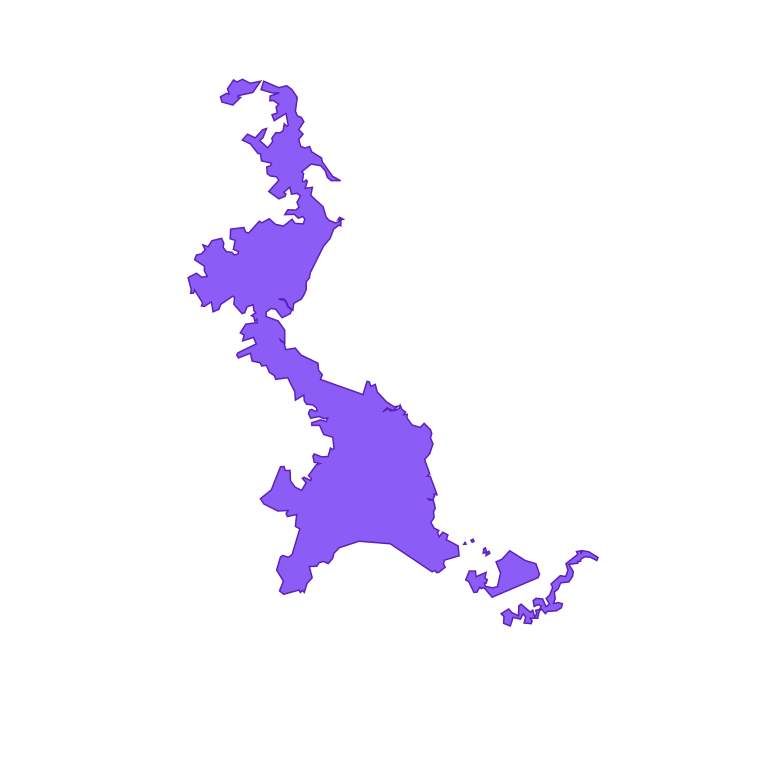 Chiriquí Grande, Bocas del Toro, Panama, rotated 24°
{"feature_id": "35544464B7059792376072", "entity_name": "Chiriquí Grande", "entity_type": "district", "adm_level": 2, "iso_a3": "PAN", "parent_name": "Panama", "parent_adm1": "Bocas del Toro", "projection": "albers", "projection_center": [-82.202, 9.003], "detail": "fine", "context": "isolated", "style": "filled", "palette": "violet", "viewbox_px": 768, "rotation_deg": 24, "n_neighbors": 0, "source": "geoboundaries", "source_scale": "gbopen_adm2", "svg_char_len": 6177}
<svg xmlns="http://www.w3.org/2000/svg" viewBox="0 0 768 768"><g transform="rotate(24 384 384)"><path d="M151.0,156.3L152.0,165.1L163.7,163.5L170.0,160.7L162.8,167.2L164.6,171.7L167.6,170.0L174.0,171.2L172.8,175.0L176.4,179.9L172.1,183.5L176.6,188.1L184.4,176.6L191.3,186.7L190.4,188.1L187.0,186.8L188.8,193.5L186.7,197.0L183.0,198.3L181.6,205.1L183.7,207.9L181.7,215.5L171.5,212.2L173.2,208.5L172.8,198.4L169.7,201.1L166.3,211.5L157.7,211.3L155.3,218.8L164.4,219.0L175.1,224.7L177.6,224.0L181.3,230.0L191.4,228.0L191.5,230.7L188.6,233.4L191.8,239.3L195.4,240.2L201.6,238.4L205.0,240.8L200.4,255.0L212.7,257.6L217.3,252.8L217.1,250.2L214.5,249.7L217.9,242.5L222.2,248.2L227.2,245.2L231.1,246.2L230.6,253.4L234.4,257.0L232.7,261.0L225.3,263.9L224.5,269.6L233.1,265.5L238.4,267.4L241.6,264.1L244.5,265.4L245.2,270.5L237.3,273.5L233.0,270.9L228.0,280.6L219.9,282.3L212.0,279.7L206.7,286.6L203.9,285.9L199.0,301.1L195.7,301.5L192.4,298.0L180.9,304.9L184.4,313.9L189.7,313.3L191.6,322.3L197.3,322.2L197.5,324.7L194.7,327.0L191.5,325.6L186.4,327.2L181.4,324.6L180.4,320.6L176.4,317.0L168.5,323.1L167.5,330.1L162.0,330.5L166.1,334.2L164.2,339.5L160.2,342.4L160.4,347.5L172.1,349.4L173.7,353.5L178.8,357.6L173.9,360.6L167.6,359.1L161.8,366.5L169.6,376.3L170.4,379.8L173.0,378.5L172.6,375.2L185.2,383.6L185.5,386.9L188.3,386.2L192.9,379.2L198.5,387.6L202.8,382.9L202.5,377.6L210.1,365.3L212.2,365.6L214.4,372.2L225.7,377.4L227.8,375.6L227.5,369.2L232.3,364.8L235.2,369.9L237.9,371.1L235.1,375.5L237.6,375.6L240.7,379.3L241.5,376.5L243.3,379.5L233.4,385.5L231.9,395.7L236.3,396.2L237.3,402.1L245.8,394.6L251.0,399.3L237.9,414.9L237.6,417.4L240.4,419.4L249.5,410.2L254.2,416.7L262.1,415.0L264.9,417.3L269.0,414.8L274.6,420.0L280.4,420.9L283.2,423.8L293.5,417.4L305.9,427.6L309.6,434.8L315.2,426.7L318.1,431.9L321.6,434.0L327.2,432.1L331.9,433.2L333.8,435.5L332.6,436.9L328.3,436.6L326.7,438.1L327.1,441.8L330.9,445.1L337.8,440.2L343.4,440.1L346.4,438.0L346.5,441.7L340.6,442.6L333.8,448.7L334.9,451.2L342.0,448.0L349.4,454.6L358.9,453.5L364.4,463.0L363.8,464.8L361.2,464.3L362.4,472.9L356.8,475.9L348.7,476.3L348.3,478.7L352.1,483.9L357.9,482.8L355.0,485.5L352.3,498.4L356.1,499.9L356.3,502.0L348.9,501.7L347.8,503.4L353.0,505.9L352.0,514.7L344.8,514.4L338.0,510.5L333.3,501.2L328.9,503.2L326.3,500.0L323.1,501.7L324.1,526.7L317.7,539.1L323.2,542.5L338.7,543.2L347.9,538.5L347.2,542.1L349.7,544.3L357.3,538.8L361.0,550.1L366.0,550.6L369.4,577.1L367.2,581.2L361.3,581.8L359.8,584.1L361.6,597.7L372.3,605.0L372.7,615.5L377.9,616.9L390.2,606.8L392.4,608.5L393.5,605.8L395.9,606.8L394.8,597.4L397.2,590.2L390.0,581.1L396.7,577.9L397.3,573.8L400.9,570.7L406.1,570.8L408.0,564.3L407.1,558.8L409.9,551.6L425.1,537.8L454.7,527.4L504.3,536.0L506.3,533.7L508.9,535.0L510.9,533.3L514.4,526.5L511.5,524.1L510.8,520.4L522.5,510.4L517.6,501.8L504.2,500.8L503.8,495.9L497.9,495.5L496.5,501.3L493.2,497.7L493.7,495.5L488.5,495.3L483.1,491.5L484.1,485.7L481.2,480.4L481.4,476.7L476.4,470.1L472.5,471.7L471.0,471.0L475.6,469.9L475.8,465.4L474.3,464.5L475.8,463.1L478.0,464.1L463.9,449.6L461.0,450.5L462.4,447.6L451.8,436.5L454.1,429.3L453.1,418.8L448.4,414.4L447.8,409.9L445.1,406.9L436.7,403.6L434.8,408.9L426.3,410.0L418.6,405.5L417.6,402.2L414.5,404.0L415.2,400.9L410.6,399.9L407.4,396.8L407.9,400.2L405.3,403.1L401.1,405.9L397.5,405.0L394.4,410.0L396.4,404.7L403.0,404.5L406.0,398.4L402.6,400.7L393.5,399.3L381.0,394.0L376.2,387.9L373.0,391.5L369.7,388.0L367.4,388.5L369.1,402.2L324.1,405.7L323.9,400.7L318.6,398.0L315.3,391.9L296.4,391.3L288.3,387.3L280.4,392.5L275.7,387.0L272.0,386.7L271.2,385.8L275.6,386.7L277.2,388.1L271.4,375.2L261.7,369.4L248.9,370.3L247.1,366.1L250.1,360.9L254.7,359.8L263.9,364.9L269.7,357.9L269.6,354.0L264.4,352.5L261.4,349.3L257.8,347.8L256.7,348.8L253.1,349.2L257.9,346.9L261.7,348.7L264.7,351.9L270.7,353.7L268.8,347.1L274.0,339.9L274.6,334.8L274.5,329.1L271.4,322.2L272.7,317.6L271.4,312.0L272.7,282.7L275.5,273.0L275.0,263.0L278.3,257.1L280.2,257.1L277.9,251.5L279.8,250.0L275.6,249.8L275.1,252.8L276.6,251.8L277.1,253.4L274.3,256.6L267.1,256.8L263.0,254.8L256.3,246.9L240.4,241.5L238.6,233.4L232.5,237.3L231.5,229.9L229.8,229.3L228.8,231.9L227.0,232.0L224.9,224.4L222.5,223.6L228.0,212.7L237.4,210.3L243.6,213.1L248.3,218.3L253.0,219.7L261.7,215.9L252.5,215.2L237.2,206.1L235.0,202.9L223.5,201.3L219.4,197.2L216.0,200.6L211.2,200.8L206.6,195.2L208.4,188.6L202.6,186.2L204.1,176.9L200.0,174.1L195.8,174.3L192.1,170.8L188.2,157.5L180.0,152.4L173.8,151.1L167.3,156.1L151.0,156.3ZM584.9,487.8L566.7,485.2L563.1,496.0L558.7,500.9L567.4,509.4L570.1,522.9L566.2,526.0L559.0,527.6L556.7,525.1L558.3,524.6L558.0,520.7L555.0,520.3L553.9,514.6L546.4,522.6L543.7,517.7L538.0,520.2L538.3,529.8L541.6,529.9L550.9,537.8L553.6,536.4L554.1,530.8L556.1,531.4L558.1,529.3L569.5,534.8L603.6,498.1L603.4,494.5L595.9,486.4L584.9,487.8ZM650.1,455.4L639.2,454.0L633.1,455.6L632.7,458.9L631.8,456.2L628.0,458.8L630.3,460.8L623.3,474.1L627.8,479.3L628.3,486.0L623.0,487.4L618.0,498.7L620.8,501.3L621.2,509.4L619.4,514.0L624.7,517.8L622.5,521.5L616.3,515.8L610.0,518.0L608.4,521.2L611.7,526.2L614.6,522.8L618.1,523.0L617.7,526.7L614.6,529.1L617.0,532.0L616.4,535.4L611.9,530.1L610.5,532.9L598.7,529.4L597.4,531.8L601.1,541.0L593.9,540.9L589.4,538.8L584.4,546.3L588.2,547.6L590.6,554.0L597.8,553.7L596.9,544.7L604.3,543.3L604.5,537.4L608.1,539.1L609.2,545.4L615.9,543.1L615.8,540.3L613.0,538.5L619.7,535.5L618.2,528.5L619.4,525.6L624.8,528.2L625.9,525.2L633.7,521.1L637.1,516.3L636.4,512.2L632.0,512.8L628.2,515.6L627.7,510.3L624.2,504.8L626.4,500.6L626.3,493.8L633.4,489.6L634.5,483.0L633.2,478.3L626.2,473.6L634.0,468.9L633.1,467.4L635.7,466.0L635.0,464.0L637.6,460.3L642.7,458.3L650.2,458.7L650.1,455.4ZM121.2,192.3L132.5,190.6L136.4,180.5L133.5,181.2L133.6,179.8L145.6,171.0L148.1,157.6L139.5,163.7L130.8,163.2L126.7,168.0L122.9,167.4L121.0,178.1L124.7,182.0L121.9,182.6L117.8,188.1L121.2,192.3ZM543.5,498.3L546.1,495.7L543.3,492.5L542.1,494.0L543.5,498.3ZM547.0,499.3L549.6,495.8L547.9,494.1L546.2,496.8L547.0,499.3ZM528.9,492.7L530.3,491.2L528.5,489.5L527.0,491.4L528.9,492.7ZM522.1,498.0L524.1,496.9L522.5,495.7L522.1,498.0Z" fill="#8b5cf6" stroke="#5b21b6" stroke-width="1.5"/></g></svg>